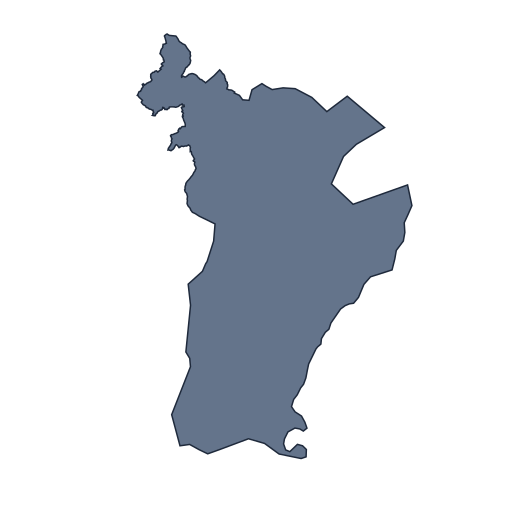 the district of Ona Ara, Oyo, Nigeria, rotated 10°
{"feature_id": "59680162B85361781814064", "entity_name": "Ona Ara", "entity_type": "district", "adm_level": 2, "iso_a3": "NGA", "parent_name": "Nigeria", "parent_adm1": "Oyo", "projection": "robinson", "projection_center": [3.959, 7.252], "detail": "fine", "context": "isolated", "style": "filled", "palette": "slate", "viewbox_px": 512, "rotation_deg": 10, "n_neighbors": 0, "source": "geoboundaries", "source_scale": "gbopen_adm2", "svg_char_len": 5937}
<svg xmlns="http://www.w3.org/2000/svg" viewBox="0 0 512 512"><g transform="rotate(10 256 256)"><path d="M392.9,159.7L342.6,188.2L317.7,171.9L324.9,142.8L335.4,128.6L360.3,107.2L318.1,82.8L300.7,101.5L283.4,90.1L265.5,84.4L253.5,85.7L243.0,89.3L236.4,87.1L231.9,85.2L223.2,92.9L222.1,103.9L215.7,104.5L211.8,100.7L206.3,99.3L206.6,98.3L203.3,96.9L202.0,96.9L200.3,97.1L199.2,96.6L198.5,96.7L198.2,95.9L198.4,94.9L198.7,94.3L198.5,93.5L198.5,92.6L198.3,92.1L198.2,91.9L197.6,91.4L197.7,91.1L197.6,90.2L197.0,89.6L195.8,88.8L195.4,88.2L195.3,87.2L194.2,85.7L194.1,84.9L193.7,84.0L192.7,82.7L192.2,82.4L191.6,82.4L189.6,80.3L187.9,79.0L183.4,85.7L176.3,94.2L174.7,93.3L173.4,92.8L172.1,91.9L171.2,91.7L170.4,91.8L170.1,91.7L169.4,90.9L168.3,90.5L167.2,89.4L166.8,89.2L166.6,88.8L165.7,88.3L165.1,88.1L164.7,88.0L164.2,87.7L163.3,87.7L163.1,87.5L161.6,87.4L161.0,87.5L160.4,87.9L159.8,88.0L159.5,88.2L158.2,88.9L157.4,90.1L156.8,90.6L156.6,91.1L156.0,91.5L155.6,91.9L154.8,92.1L152.9,91.5L152.3,92.1L152.1,92.6L151.7,92.9L151.6,92.7L151.4,91.9L151.4,91.0L152.7,88.5L152.9,87.3L153.4,86.7L153.3,85.8L153.7,84.9L154.0,83.2L154.3,82.6L154.7,82.2L155.0,82.2L155.2,81.9L156.1,80.4L156.5,79.5L156.9,79.4L157.0,79.1L157.6,77.8L157.5,77.1L157.7,76.7L157.7,74.6L157.1,73.8L156.6,72.7L156.5,71.8L156.8,70.9L156.8,70.1L156.5,69.4L156.2,69.0L156.2,68.4L155.9,67.7L156.0,66.8L155.9,66.6L155.0,66.0L151.9,63.1L149.8,60.7L149.1,60.3L146.6,59.7L145.5,59.0L144.1,58.6L143.6,58.1L142.8,57.7L141.5,55.8L139.6,53.9L138.9,53.3L132.2,53.8L129.9,52.8L129.0,53.4L128.4,54.2L127.7,54.8L127.6,55.3L128.4,56.6L129.9,59.8L130.8,62.1L130.0,62.4L129.6,63.0L127.7,63.7L127.7,64.0L127.9,64.5L127.7,65.8L128.0,66.5L127.7,67.2L127.5,67.9L126.8,68.9L126.8,69.5L126.5,70.7L126.6,72.2L126.3,72.8L126.3,73.5L126.9,73.7L130.0,76.9L130.4,77.6L130.7,78.8L131.0,78.7L131.7,80.1L131.9,80.7L130.4,82.0L129.4,83.4L130.6,84.5L130.9,84.4L131.3,84.9L130.4,85.7L129.9,86.4L129.0,88.0L130.1,88.5L127.4,91.9L126.4,91.3L126.0,90.9L125.4,91.2L124.6,91.4L123.7,92.8L123.4,92.8L122.3,93.2L121.8,94.1L120.9,95.1L120.8,95.7L121.1,96.6L121.0,97.2L121.4,97.8L121.4,98.6L121.9,99.4L122.4,99.7L122.9,100.6L122.9,100.9L121.9,102.6L120.0,103.7L119.5,104.3L118.8,104.5L118.1,105.5L116.5,107.0L116.2,106.5L115.6,106.9L115.0,106.0L114.2,106.8L115.5,108.9L114.2,111.2L114.2,111.4L114.4,111.6L114.4,112.1L113.7,113.1L113.7,113.9L112.5,114.3L112.2,114.7L111.7,117.1L111.2,118.5L112.1,118.7L113.3,120.0L117.2,122.4L116.5,123.8L116.3,124.4L117.2,125.4L118.7,126.6L121.1,127.4L122.1,128.7L123.0,128.9L123.2,128.7L123.6,128.8L124.1,129.0L124.5,129.5L124.9,129.5L126.0,129.9L126.5,129.8L127.8,130.0L129.0,130.8L129.3,130.5L130.3,132.4L129.8,133.0L129.6,133.7L129.6,133.9L130.0,134.0L129.9,134.7L130.0,135.2L129.7,135.5L131.4,135.6L131.8,135.4L132.3,135.4L132.5,135.2L132.5,134.6L132.4,134.1L132.7,134.0L133.2,132.8L134.0,132.2L134.0,131.4L134.5,130.6L135.5,130.0L136.6,128.9L137.4,128.7L138.1,128.0L138.2,127.2L138.3,127.0L138.7,126.8L138.7,126.7L138.3,126.3L138.4,125.8L139.4,125.9L139.9,126.3L140.7,127.4L141.0,127.6L141.2,127.4L141.9,127.0L142.8,127.4L143.1,127.3L143.8,126.1L144.6,125.8L144.6,125.3L144.8,125.1L144.8,124.4L146.4,123.9L149.3,123.4L149.8,123.3L150.4,123.5L151.3,123.4L153.7,122.1L154.8,120.6L155.8,120.1L156.8,119.1L157.1,119.3L157.4,120.2L158.9,119.9L159.4,121.3L158.9,121.6L157.6,121.9L156.7,122.6L156.7,122.8L158.6,125.4L157.8,126.4L158.3,127.1L158.7,126.8L158.9,127.2L159.7,127.9L159.8,128.1L159.5,128.5L159.3,129.2L159.3,130.3L159.6,130.3L160.1,130.8L159.9,131.2L159.3,131.7L160.4,133.1L161.1,134.6L163.0,137.5L163.5,138.7L163.8,140.7L160.8,141.4L160.2,142.1L159.4,143.8L159.1,143.8L158.7,143.4L157.9,144.4L157.8,144.7L157.7,145.7L157.5,146.2L158.1,146.7L158.0,147.1L157.6,147.7L155.9,149.1L155.1,149.4L152.9,150.9L151.6,151.2L151.1,152.0L150.9,152.4L151.2,152.9L151.6,153.0L151.9,153.4L152.1,154.4L152.8,154.9L152.9,155.5L152.7,156.0L152.6,156.9L152.8,157.8L153.3,158.4L153.4,158.8L153.4,159.2L152.8,160.4L152.8,160.8L152.5,162.0L151.8,163.2L151.5,164.3L151.2,164.7L151.0,165.1L150.9,166.9L151.5,166.7L152.5,166.9L153.0,166.9L154.0,167.1L155.9,165.2L156.5,164.0L156.8,163.6L156.9,162.9L157.5,161.0L157.7,160.6L158.3,160.2L158.6,160.3L160.1,161.3L161.4,162.7L161.7,162.5L161.6,162.1L162.1,161.8L162.6,161.8L163.3,160.8L164.9,160.7L165.6,160.8L166.5,160.2L168.1,159.7L168.5,159.8L169.3,159.2L170.1,158.4L170.3,158.3L170.8,158.7L171.5,158.8L172.6,160.6L172.5,161.5L172.7,162.5L172.8,163.1L173.1,164.0L173.1,164.6L173.9,164.3L174.2,164.5L174.8,166.5L175.1,167.0L176.4,168.4L178.1,170.6L178.6,171.0L178.6,171.5L177.9,172.4L177.6,173.0L177.8,173.4L179.3,173.9L179.5,174.3L179.3,175.3L179.4,176.1L179.6,176.9L180.4,177.8L180.7,178.4L181.2,178.8L181.5,179.7L181.8,180.2L181.8,180.5L181.3,181.4L181.2,182.7L180.3,184.5L179.5,187.3L178.0,189.8L177.6,190.8L177.1,191.6L176.5,192.7L175.6,193.9L174.6,195.9L174.3,197.2L174.4,198.1L174.4,198.7L174.1,199.5L174.3,201.4L174.6,202.5L174.2,203.2L175.1,205.0L176.8,206.4L178.2,209.3L178.3,212.0L178.8,213.2L179.0,216.4L180.4,218.5L183.0,220.6L183.6,221.9L185.8,224.0L188.8,224.8L193.3,226.7L210.1,231.5L211.7,248.7L208.8,270.0L207.8,272.3L205.9,280.4L194.1,295.5L200.1,315.9L203.6,362.7L208.5,368.3L210.7,376.4L200.5,426.9L214.1,456.1L223.4,453.1L233.6,456.6L242.8,459.2L253.5,453.1L280.3,437.3L297.0,439.1L313.1,447.0L335.6,447.6L340.2,445.1L339.2,437.8L334.8,434.8L329.5,434.3L323.3,442.8L318.9,441.8L315.8,436.3L315.8,431.2L318.0,423.7L324.2,418.7L329.1,418.7L333.0,420.2L336.1,416.7L333.0,411.2L328.6,405.7L321.5,402.7L317.1,398.2L318.0,390.7L320.7,385.6L322.9,378.1L325.1,374.1L326.3,367.4L326.4,359.6L326.6,353.2L331.2,337.1L332.5,334.7L335.2,331.5L334.8,326.0L337.5,319.1L340.5,315.5L341.4,309.0L348.5,293.5L352.4,289.4L356.3,286.9L360.3,285.6L364.1,279.0L367.2,265.2L372.4,256.6L392.4,246.1L393.2,234.8L393.2,226.1L398.5,215.7L398.5,207.0L396.2,197.5L398.5,188.8L400.8,179.3L392.9,159.7Z" fill="#64748b" stroke="#1e293b" stroke-width="1.5"/></g></svg>